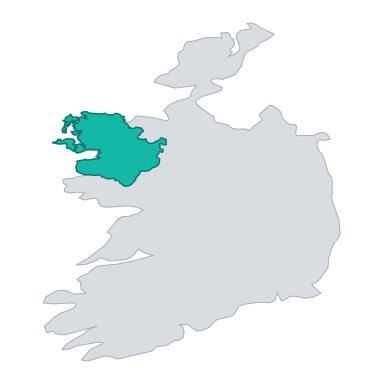 where Mayo sits in Ireland
{"feature_id": "IRL-714", "entity_name": "Mayo", "entity_type": "County", "adm_level": 1, "iso_a3": "IRL", "parent_name": "Ireland", "parent_adm1": "", "projection": "natural_earth1", "projection_center": [-9.466, 53.907], "detail": "fine", "context": "in_parent", "style": "filled", "palette": "teal", "viewbox_px": 384, "rotation_deg": 0, "n_neighbors": 0, "source": "natural_earth", "source_scale": "10m", "svg_char_len": 9345}
<svg xmlns="http://www.w3.org/2000/svg" viewBox="0 0 384 384"><path d="M257.2,46.6L246.7,52.1L245.1,54.2L242.2,62.6L241.9,65.1L235.3,74.5L231.6,76.4L226.0,77.9L222.8,79.4L218.8,78.7L213.7,78.8L211.2,80.5L211.3,81.8L212.9,83.2L222.3,87.6L221.8,89.4L219.1,91.4L202.3,96.5L197.3,99.6L195.6,101.6L197.4,105.0L210.9,115.1L213.2,116.2L215.3,122.2L227.2,124.6L232.1,128.3L236.2,129.2L245.3,128.9L249.0,130.3L251.1,129.2L252.2,127.3L262.3,120.1L259.1,114.7L269.3,105.5L272.1,105.6L277.0,108.4L281.0,112.3L282.3,117.6L286.1,122.2L288.6,123.9L295.1,124.8L296.7,126.6L295.6,133.5L296.6,135.7L313.3,135.5L319.9,132.6L325.7,133.1L328.6,136.2L329.9,139.3L324.9,140.5L319.7,139.8L317.2,141.9L317.1,145.9L319.0,151.0L322.5,154.6L325.4,162.8L327.9,171.9L331.6,177.4L332.4,184.2L331.9,187.6L332.7,193.6L331.2,195.7L332.4,201.4L338.8,219.6L340.3,233.9L337.4,239.3L333.4,244.4L330.9,250.4L329.0,256.9L327.9,267.4L319.4,279.7L315.7,282.8L311.4,284.7L321.0,293.3L313.4,297.1L305.0,298.3L295.6,296.2L289.9,296.4L282.5,300.9L280.9,300.1L277.3,293.0L274.8,300.3L269.5,302.7L260.3,302.2L245.0,304.1L239.1,306.2L236.7,309.5L234.9,313.2L232.6,315.5L229.9,316.6L218.0,319.4L215.7,320.5L210.3,326.6L203.1,330.1L197.1,331.2L191.8,327.6L189.6,325.5L187.2,324.4L179.0,324.6L181.6,325.7L183.3,328.2L184.1,333.0L183.2,337.7L179.2,340.1L174.4,340.5L166.9,345.4L156.9,346.7L151.5,351.2L118.4,358.8L116.5,358.9L112.0,357.0L107.0,356.1L102.1,356.7L88.2,361.0L81.5,360.1L90.1,349.6L101.6,344.2L102.8,342.8L99.0,342.1L77.1,345.8L69.6,348.9L62.0,349.8L65.5,345.0L75.3,338.4L83.8,334.1L87.4,330.2L97.7,325.8L64.5,334.9L55.8,333.8L53.7,331.3L46.9,332.5L44.4,326.3L54.5,317.1L60.4,313.1L67.3,310.9L74.0,307.9L76.5,304.1L73.4,302.9L53.3,303.9L43.7,303.0L44.3,300.1L46.0,296.8L56.0,291.1L61.4,290.2L66.2,290.7L74.6,294.1L85.9,293.0L81.2,289.4L80.4,282.0L76.8,279.6L81.4,276.2L86.7,274.1L95.5,267.1L98.6,266.0L116.0,264.3L134.7,260.6L153.2,255.5L143.7,252.6L139.1,248.9L131.8,256.5L126.6,259.4L111.7,260.9L107.0,260.1L100.3,257.7L98.3,258.6L96.3,260.4L86.5,264.2L76.1,265.1L88.2,258.2L103.5,246.6L106.9,243.0L111.7,236.6L110.2,233.8L107.1,232.2L118.1,219.1L122.0,216.7L129.1,216.3L134.2,214.3L136.5,214.3L138.6,213.5L143.1,209.6L136.1,207.1L128.9,205.8L106.5,207.2L103.5,206.9L100.7,205.7L99.0,203.9L97.6,199.5L96.0,198.5L90.9,198.5L85.9,199.9L82.5,199.7L79.0,197.8L84.5,193.2L77.5,192.2L70.4,193.1L64.5,191.7L64.3,188.8L67.0,186.0L63.5,183.3L62.8,179.9L66.5,178.2L70.6,178.8L78.9,176.3L89.6,175.1L80.4,172.6L76.8,170.4L76.6,167.2L77.4,164.4L87.9,159.7L99.2,157.6L98.4,154.5L99.2,151.2L87.8,150.2L76.6,152.6L77.8,146.2L80.5,140.4L81.0,136.6L80.5,132.5L75.2,134.3L74.6,128.5L72.4,124.6L64.6,127.3L64.8,122.1L67.0,118.5L71.1,116.9L75.2,117.6L82.7,117.5L89.9,114.8L100.3,114.1L116.9,115.0L128.3,122.7L131.3,121.3L135.8,116.4L138.0,115.9L155.2,118.0L165.9,120.8L168.8,119.9L167.2,114.5L163.5,110.8L168.1,105.9L173.7,102.6L177.4,100.9L186.1,98.9L189.8,96.9L192.3,90.7L196.3,85.4L174.6,88.1L153.9,81.9L157.2,77.6L161.5,75.1L169.0,73.2L169.7,70.9L173.5,69.0L179.8,64.0L177.4,57.5L178.6,52.7L183.1,49.6L184.5,45.2L186.5,41.9L195.7,40.7L204.4,37.7L218.0,37.3L221.6,38.5L220.7,33.1L227.1,32.4L229.6,33.5L230.7,37.3L233.6,39.7L234.6,44.0L232.7,47.2L229.4,49.8L232.4,52.3L227.9,57.0L232.8,55.0L239.9,50.4L239.5,46.7L238.2,42.0L236.2,37.8L237.1,33.2L241.0,30.3L251.5,28.8L247.1,23.5L250.9,23.0L255.1,24.1L261.2,28.2L274.3,34.0L268.0,39.1L260.2,42.7L257.2,46.6ZM74.3,148.3L74.0,150.8L69.0,147.7L66.6,144.3L52.9,142.7L58.6,139.3L61.4,140.3L71.0,140.5L73.7,141.9L74.3,148.3Z" fill="#d9dde1" stroke="#a8b0b8" stroke-width="1"/><path d="M91.2,175.2L90.0,174.6L85.3,174.9L82.4,174.0L76.9,171.5L75.9,167.6L76.3,165.7L77.1,164.3L77.5,163.0L76.9,161.4L77.6,161.0L80.1,160.7L81.9,160.2L83.5,160.0L84.3,159.8L85.0,159.3L85.4,159.2L86.7,159.9L87.5,160.2L100.0,158.4L100.0,157.8L99.0,157.6L96.3,156.6L97.2,156.1L97.7,156.0L97.7,155.4L97.4,154.7L98.1,153.9L100.4,152.5L99.9,152.4L98.6,151.9L99.2,151.5L99.6,151.0L99.9,150.3L100.0,149.5L99.3,149.7L98.6,150.1L96.7,149.5L87.1,149.5L80.4,152.4L76.8,153.0L74.6,151.2L75.4,150.7L75.8,148.3L76.9,147.7L76.8,146.9L76.7,146.5L76.9,145.9L76.9,145.4L76.4,145.4L76.4,144.8L79.7,144.1L80.3,144.4L81.8,145.2L82.7,145.4L83.5,145.8L83.7,147.9L84.5,148.3L85.1,148.1L85.1,147.3L85.0,146.4L85.2,145.4L84.6,144.8L84.1,144.2L83.4,143.7L82.5,143.6L82.5,144.1L82.9,144.8L82.1,144.6L81.7,143.9L80.9,141.8L80.9,141.0L80.6,140.6L80.2,140.5L79.0,140.6L78.8,140.3L78.6,139.8L78.1,139.3L77.6,138.6L77.4,137.3L77.7,136.0L78.4,135.6L79.3,135.4L80.1,134.6L79.2,134.3L79.2,133.8L79.7,133.3L80.6,132.9L80.1,132.3L82.0,131.1L81.4,130.7L80.6,130.6L78.8,131.1L79.0,131.8L78.9,132.1L78.6,132.2L77.9,132.3L77.9,132.9L78.3,132.9L76.4,134.8L74.5,135.1L72.8,134.0L71.4,131.7L72.7,131.8L75.8,131.1L77.0,130.5L74.9,129.4L74.1,128.6L73.7,127.5L74.2,127.7L75.1,128.0L75.5,128.2L74.7,127.2L72.4,125.2L73.3,125.7L74.1,125.7L74.7,125.3L75.1,124.6L71.6,122.4L70.1,121.9L69.1,122.8L70.1,123.7L69.7,124.5L68.6,124.8L67.3,124.6L67.9,125.5L68.2,125.8L68.2,126.4L67.2,126.2L66.4,126.4L65.0,127.0L65.0,127.5L65.8,127.8L66.2,128.3L66.3,130.0L65.7,130.0L64.4,130.5L65.3,131.0L66.2,131.8L66.3,132.6L65.1,132.9L63.9,132.8L62.9,132.5L62.3,131.6L62.2,130.0L62.6,128.9L64.1,126.5L64.5,125.5L64.7,123.9L65.3,123.2L66.0,122.6L66.8,121.6L64.7,121.5L63.8,121.2L63.1,120.5L64.4,120.4L65.0,119.7L65.4,118.5L65.9,117.5L66.6,117.0L69.6,115.7L69.9,115.3L70.1,114.9L70.3,114.5L71.0,114.5L71.4,114.8L71.5,115.3L71.6,115.9L71.9,116.3L72.7,116.8L73.9,117.3L75.1,117.4L76.1,116.9L76.5,117.5L77.1,117.9L77.7,117.9L78.4,117.5L78.5,117.8L78.5,118.0L78.9,118.0L77.4,120.2L75.7,121.2L74.1,121.0L72.4,119.8L71.9,121.5L73.0,122.0L74.6,122.1L75.8,122.5L76.9,123.1L77.8,122.5L78.7,121.5L79.7,121.0L78.8,120.0L79.2,118.6L80.3,117.4L81.4,116.9L82.8,117.2L85.2,118.5L86.7,118.7L86.3,117.9L85.7,117.5L84.4,116.9L84.4,116.3L85.0,116.1L85.7,116.0L87.1,116.3L85.9,115.7L82.3,115.1L81.6,114.2L81.2,113.0L81.4,112.4L85.3,111.6L86.7,111.8L89.3,113.0L90.6,113.3L102.1,114.0L102.9,113.9L104.1,113.4L104.9,113.3L105.5,113.5L106.4,114.2L106.9,114.5L112.3,115.1L112.9,115.0L113.7,114.6L114.5,114.1L115.0,113.6L115.7,113.3L116.5,113.4L119.5,114.4L120.1,114.5L120.6,114.9L121.1,116.5L121.5,116.9L122.7,116.7L123.4,116.5L123.5,116.3L124.0,116.9L124.1,117.6L123.9,118.3L123.5,118.7L123.5,119.3L125.0,119.8L125.0,120.5L123.7,121.1L124.0,121.9L127.3,124.2L128.1,125.2L128.7,126.5L128.7,128.2L129.1,128.2L129.2,126.5L129.3,127.0L131.0,128.2L131.4,128.4L131.8,128.5L133.3,128.6L133.8,128.5L134.2,128.4L134.4,128.2L134.8,127.7L135.1,127.5L135.8,127.3L136.3,127.2L140.7,128.0L141.3,128.2L141.7,128.5L142.5,129.8L143.3,130.7L143.5,131.1L143.4,131.4L143.1,131.6L142.0,131.9L141.7,132.0L141.5,132.3L141.2,132.9L140.5,133.5L140.3,133.8L140.2,134.4L140.1,134.7L139.9,135.0L138.6,135.6L138.2,136.0L138.0,136.3L137.5,137.6L137.5,138.2L137.9,138.5L138.5,138.7L140.9,138.9L142.1,139.5L142.6,139.6L143.8,139.4L144.9,139.0L145.3,138.9L145.7,138.9L146.0,139.1L146.1,139.5L146.1,139.9L146.4,140.9L146.6,141.1L147.6,141.9L148.0,142.8L148.6,143.2L150.5,143.4L153.4,143.1L154.1,143.0L154.6,142.6L155.1,141.8L155.5,141.6L156.0,141.4L156.8,141.3L157.4,140.7L157.7,140.6L159.1,140.2L159.7,139.9L160.0,139.6L160.1,139.3L160.2,138.7L160.3,138.4L160.5,138.2L160.9,138.0L161.2,137.9L162.1,138.0L165.9,139.5L166.1,139.9L166.2,140.5L166.0,143.1L166.3,144.4L165.1,144.9L164.3,144.9L161.0,143.6L160.3,143.6L159.8,143.8L159.6,144.1L159.5,144.5L159.6,144.8L160.0,145.3L160.1,145.6L159.7,147.1L159.8,147.4L159.9,147.8L160.0,148.0L160.5,148.5L162.8,149.6L163.0,149.8L163.1,150.2L163.1,150.7L162.8,151.7L162.5,152.1L162.1,152.3L161.8,152.2L160.7,151.8L160.3,151.7L159.8,151.7L159.2,151.8L158.9,152.0L158.8,152.4L158.8,153.1L158.6,153.6L157.7,154.5L157.3,155.1L156.8,156.3L156.6,156.8L156.7,157.3L158.9,158.4L159.4,158.8L159.5,159.1L159.6,159.8L159.5,160.8L159.0,163.2L158.6,164.2L158.2,164.9L157.1,165.9L154.9,167.0L154.2,167.3L153.4,167.4L152.4,167.7L150.6,169.5L148.6,170.5L145.7,171.1L141.2,171.1L140.5,171.3L140.1,171.6L140.0,172.7L139.9,173.0L139.7,173.6L139.5,174.0L139.1,174.5L137.8,175.6L137.5,176.0L137.5,176.4L137.2,176.9L136.8,177.2L136.0,177.4L135.6,177.6L135.4,177.9L135.4,178.2L135.5,178.5L135.9,179.0L135.9,179.4L135.5,180.0L132.8,182.7L131.7,184.0L131.1,184.5L129.5,185.5L128.9,185.7L127.8,185.9L125.6,186.3L125.1,186.2L124.0,185.9L123.0,185.5L122.8,185.2L122.3,184.5L122.1,184.1L121.8,184.0L120.8,183.6L120.2,183.3L119.7,182.8L119.5,182.3L119.3,181.9L119.1,180.9L118.7,180.7L118.1,180.5L115.6,180.5L115.0,180.4L114.8,180.1L114.7,179.9L114.9,179.2L114.9,178.9L114.9,178.6L114.2,178.5L107.7,178.8L106.9,178.6L105.5,178.1L104.7,177.5L104.3,177.3L104.0,177.2L102.2,177.0L101.8,176.9L101.5,176.7L101.3,176.5L101.1,175.4L101.0,175.0L100.6,174.6L100.2,174.6L99.7,174.7L99.2,175.1L98.6,175.2L91.2,175.2ZM73.2,144.8L74.0,144.4L74.8,144.3L75.5,144.3L76.0,144.8L76.0,145.4L75.4,146.0L75.0,147.4L74.8,148.9L75.1,150.1L73.6,151.1L72.3,150.6L71.0,149.4L69.5,148.3L68.7,148.3L67.7,148.4L67.0,148.3L66.7,147.4L66.9,146.1L67.1,145.2L67.0,144.4L66.3,143.6L64.9,143.3L59.8,144.1L57.9,143.9L54.6,143.0L52.8,142.9L52.8,142.4L54.6,142.3L56.0,142.0L57.2,141.1L58.0,139.4L58.5,139.9L59.1,140.1L59.7,139.9L60.3,139.4L61.7,140.8L63.4,140.4L65.1,139.4L66.5,138.8L72.4,139.0L73.7,139.4L75.1,141.7L73.7,141.7L73.9,142.4L73.8,143.1L73.6,143.7L73.2,144.1L73.2,144.8Z" fill="#14b8a6" stroke="#0f766e" stroke-width="1.5"/></svg>